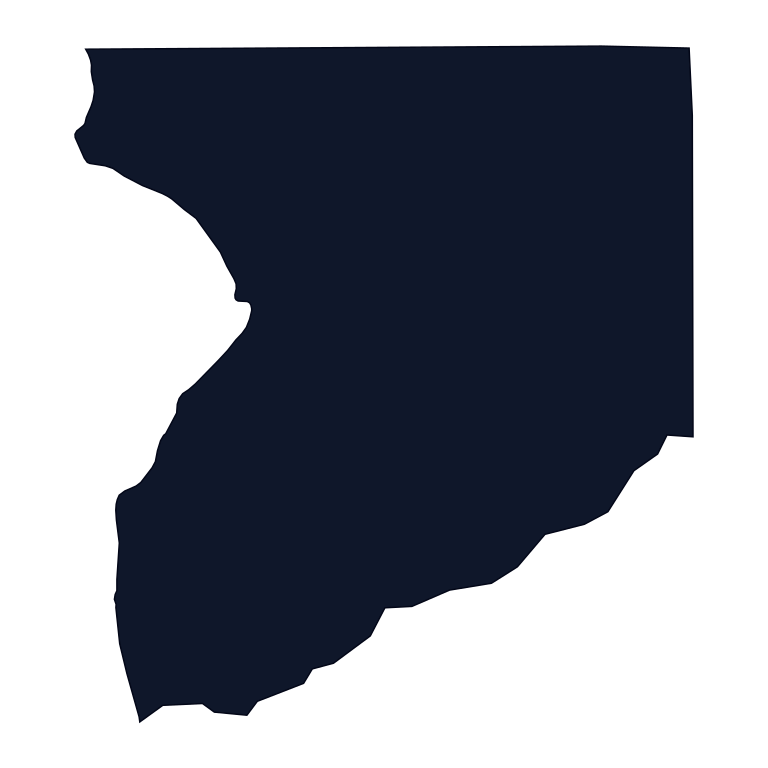 the district of Crawford, Wisconsin, United States of America
{"feature_id": "52423323B39438565558439", "entity_name": "Crawford", "entity_type": "district", "adm_level": 2, "iso_a3": "USA", "parent_name": "United States of America", "parent_adm1": "Wisconsin", "projection": "albers", "projection_center": [-91.077, 43.206], "detail": "fine", "context": "isolated", "style": "filled", "palette": "ink", "viewbox_px": 768, "rotation_deg": 0, "n_neighbors": 0, "source": "geoboundaries", "source_scale": "gbopen_adm2", "svg_char_len": 1350}
<svg xmlns="http://www.w3.org/2000/svg" viewBox="0 0 768 768"><path d="M689.1,48.1L601.3,46.1L85.7,49.2L88.4,54.1L90.6,60.1L91.5,65.0L91.3,71.6L92.6,80.0L94.1,85.9L94.5,91.9L93.1,100.4L91.1,106.5L86.4,117.4L85.0,123.4L83.6,125.4L76.8,130.9L75.0,134.2L75.2,137.5L84.3,158.1L87.3,162.3L89.7,163.4L105.3,165.8L113.0,168.4L124.3,176.1L142.6,185.6L162.3,193.5L167.4,196.1L171.5,198.7L184.4,209.6L196.1,218.4L220.4,252.1L226.9,266.2L233.9,278.6L236.1,283.8L236.3,288.7L234.9,294.7L235.1,298.1L236.1,299.8L238.1,301.0L247.3,301.5L249.6,302.8L250.9,305.0L251.7,308.6L251.7,310.7L249.7,319.1L246.4,327.4L242.1,333.4L236.0,339.8L227.6,350.5L218.4,360.4L195.3,384.0L188.7,389.7L182.7,393.7L179.2,398.5L177.3,404.2L176.7,413.0L165.7,433.8L163.7,435.3L160.6,440.6L157.5,450.6L155.4,461.6L152.1,467.8L140.8,482.5L136.0,486.1L124.8,491.0L119.2,495.2L117.3,499.6L116.2,504.2L115.8,510.2L116.4,519.9L119.3,543.0L116.9,579.4L116.9,590.7L115.2,594.4L114.4,599.3L116.1,604.3L115.9,607.6L119.7,643.7L126.9,673.5L139.1,716.8L139.8,721.9L162.8,705.3L202.5,703.5L214.3,712.1L246.9,715.2L257.3,701.3L303.6,683.3L312.3,668.9L333.5,663.2L370.3,635.9L384.9,607.8L411.9,606.4L449.5,590.1L491.5,583.2L517.4,566.8L545.0,534.3L584.5,524.2L607.9,511.7L633.9,470.7L657.6,454.0L667.0,435.0L693.0,436.8L692.3,115.5L689.1,48.1Z" fill="#0f172a" stroke="#020617" stroke-width="1.5"/></svg>